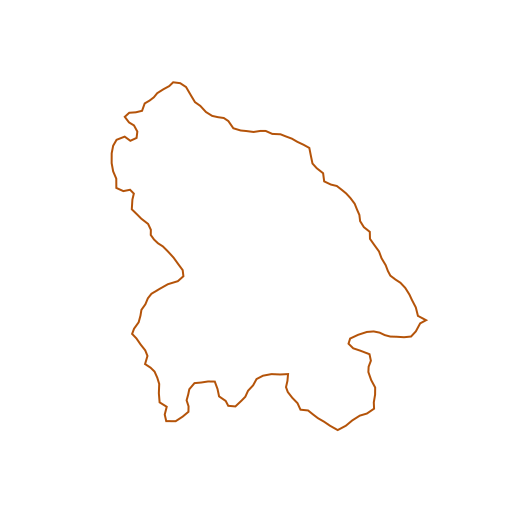 the district of Divisa Nova, Minas Gerais, Brazil, rotated 72°
{"feature_id": "56859067B77577682938922", "entity_name": "Divisa Nova", "entity_type": "district", "adm_level": 2, "iso_a3": "BRA", "parent_name": "Brazil", "parent_adm1": "Minas Gerais", "projection": "albers", "projection_center": [-46.241, -21.515], "detail": "fine", "context": "isolated", "style": "outline", "palette": "amber", "viewbox_px": 512, "rotation_deg": 72, "n_neighbors": 0, "source": "geoboundaries", "source_scale": "gbopen_adm2", "svg_char_len": 2391}
<svg xmlns="http://www.w3.org/2000/svg" viewBox="0 0 512 512"><g transform="rotate(72 256 256)"><path d="M369.6,114.1L363.0,120.5L354.3,119.9L345.9,121.3L340.1,122.0L332.5,123.9L326.1,126.9L321.4,130.7L316.2,134.3L311.0,135.2L304.8,135.5L296.9,137.3L289.7,137.6L281.4,140.3L274.9,142.3L268.2,140.3L261.9,144.5L255.0,146.2L248.9,145.0L242.8,145.6L236.8,146.0L230.1,148.3L224.4,150.9L219.7,153.9L214.4,157.5L211.2,162.7L206.1,168.1L198.0,166.6L191.3,171.1L185.5,173.7L178.1,172.9L169.7,171.9L164.9,176.4L160.2,181.4L155.5,185.6L151.3,190.9L147.8,195.1L144.9,202.8L140.1,208.1L138.4,213.2L137.3,220.0L134.2,226.5L131.9,231.8L127.5,238.1L119.1,240.6L114.8,244.0L112.2,249.3L109.2,254.4L103.6,259.1L96.0,262.6L90.8,266.5L83.4,268.2L73.7,270.3L68.2,274.7L65.2,281.1L67.6,286.0L68.8,292.5L70.6,299.6L73.5,304.1L75.3,309.2L76.5,314.7L82.7,319.5L82.2,325.9L80.6,332.3L83.1,337.8L89.7,335.5L94.1,331.7L101.0,330.4L106.8,333.1L107.6,339.9L101.9,344.0L102.4,352.7L107.0,357.8L113.7,361.5L123.1,364.6L131.3,365.7L139.3,365.0L148.1,367.8L153.3,362.1L154.1,355.3L158.9,352.9L164.1,356.1L173.2,359.7L180.0,356.1L185.0,353.6L192.2,348.7L198.6,347.9L203.5,349.6L208.8,347.9L213.6,345.3L218.1,341.6L224.4,338.4L232.1,334.9L239.9,332.4L246.8,330.1L252.8,331.3L255.8,338.1L255.6,348.5L257.5,357.9L259.6,367.1L262.8,371.9L267.7,376.1L271.8,381.6L277.0,384.3L282.8,388.1L287.4,394.4L291.8,397.9L297.4,395.2L304.5,393.1L311.5,390.5L317.5,390.1L324.5,394.9L329.6,390.8L334.6,388.2L341.2,387.5L347.8,387.6L356.5,390.8L365.4,392.9L371.8,387.5L378.6,391.8L385.3,392.4L388.3,383.5L386.1,375.4L383.3,368.4L378.1,366.6L371.8,366.6L366.8,363.3L362.1,360.6L357.9,353.8L359.4,347.2L360.5,340.4L362.7,334.0L370.6,333.7L378.1,334.5L384.5,329.6L389.9,328.7L392.7,322.1L389.2,314.7L386.6,309.7L381.7,305.2L378.1,298.7L373.2,293.5L372.0,286.3L373.1,277.8L376.2,269.5L378.2,262.0L384.5,264.7L390.0,268.0L395.2,267.8L402.1,265.3L408.8,262.0L415.9,261.2L419.0,254.2L424.2,250.8L429.4,247.2L434.6,242.5L440.4,238.0L446.8,232.1L445.2,223.0L442.1,215.2L439.9,206.6L440.1,199.2L437.7,190.9L431.6,189.2L424.7,185.6L417.9,183.3L409.6,184.8L401.1,185.0L396.1,183.1L391.1,179.1L384.5,178.4L378.4,185.9L373.8,192.1L368.0,195.1L363.6,192.0L362.5,183.2L362.5,174.0L364.1,167.4L367.1,162.1L371.0,158.0L374.1,153.2L376.3,147.1L379.0,140.3L380.5,133.4L377.1,127.3L370.8,120.7L369.6,114.1Z" fill="none" stroke="#b45309" stroke-width="2"/></g></svg>